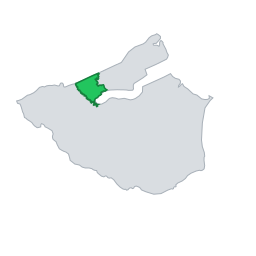 location of Velingara, Kolda, Senegal, rotated 155°
{"feature_id": "50182788B9780593325351", "entity_name": "Velingara", "entity_type": "district", "adm_level": 2, "iso_a3": "SEN", "parent_name": "Senegal", "parent_adm1": "Kolda", "projection": "natural_earth1", "projection_center": [-13.808, 13.111], "detail": "fine", "context": "in_parent", "style": "filled", "palette": "green", "viewbox_px": 256, "rotation_deg": 155, "n_neighbors": 0, "source": "geoboundaries", "source_scale": "gbopen_adm2", "svg_char_len": 7387}
<svg xmlns="http://www.w3.org/2000/svg" viewBox="0 0 256 256"><g transform="rotate(155 128 128)"><path d="M191.3,117.6L194.1,123.1L193.5,125.7L192.9,129.6L194.4,132.4L196.2,134.2L197.5,135.9L199.0,138.2L199.2,142.8L199.0,146.1L199.9,147.6L200.7,149.5L200.5,151.0L200.0,152.4L198.3,154.3L198.0,157.7L200.8,161.9L202.7,164.2L202.6,165.5L203.1,166.9L204.5,168.5L205.3,168.1L206.2,166.8L206.6,165.9L209.1,166.3L210.2,166.7L211.8,169.4L212.4,171.2L212.8,173.5L214.4,176.3L215.8,178.3L216.1,179.6L217.4,181.3L216.6,185.0L216.7,187.0L215.9,192.0L215.7,194.4L215.7,195.3L217.7,197.1L217.5,199.6L215.5,199.2L212.1,198.9L205.3,200.2L202.9,199.7L198.4,199.8L195.2,200.6L191.1,202.2L188.0,201.8L186.3,200.5L184.0,200.6L181.5,199.9L178.8,198.6L176.4,198.0L173.7,195.7L172.5,195.3L171.6,195.9L170.9,196.6L170.1,197.1L168.7,196.7L168.1,195.1L168.6,193.6L168.7,192.4L168.0,191.8L166.4,191.6L163.8,191.6L159.6,191.1L158.6,190.8L149.1,190.4L139.4,190.4L131.1,190.3L120.6,190.3L113.2,190.3L106.3,190.2L101.0,193.3L95.3,196.7L87.5,198.5L78.6,197.8L75.8,198.3L72.8,199.8L70.7,200.9L67.6,201.5L63.7,201.0L62.1,201.3L61.1,199.8L59.9,197.3L60.7,195.5L63.1,194.3L66.7,192.8L68.6,193.6L69.7,193.6L69.9,192.6L69.6,192.1L66.8,190.8L65.4,189.0L64.2,190.0L63.2,192.2L62.4,192.8L61.1,193.4L60.4,192.0L60.1,190.6L60.7,189.5L60.4,183.3L60.8,180.0L60.6,177.1L62.3,175.2L64.0,174.1L70.3,173.9L76.2,173.8L81.9,173.9L87.7,174.0L88.3,168.2L90.2,167.8L92.9,167.2L98.0,166.5L103.7,165.8L105.0,164.7L105.9,162.8L106.5,161.1L107.7,160.3L109.3,160.9L111.4,161.8L113.5,163.2L116.0,164.5L117.7,165.3L121.7,167.3L128.5,170.1L134.1,171.3L140.8,169.2L145.7,167.9L146.3,165.4L145.5,163.0L141.9,160.8L137.0,161.0L135.4,161.6L133.1,162.4L131.8,162.6L129.4,162.1L126.5,160.2L124.6,158.3L122.0,157.4L118.9,156.5L114.0,152.5L111.4,151.8L108.9,151.6L104.2,152.4L99.7,154.5L97.2,159.3L92.6,159.2L82.9,159.1L73.9,159.0L66.5,159.3L65.8,155.8L64.1,153.0L61.2,150.6L60.6,148.4L61.6,146.5L64.3,145.0L65.0,143.8L63.5,144.0L61.3,145.0L59.9,145.1L59.7,142.0L57.3,138.1L54.6,131.4L51.6,128.7L49.0,123.3L46.3,121.3L43.8,120.3L41.7,120.5L40.9,123.0L38.3,119.4L41.9,118.2L49.7,113.7L58.5,101.1L66.5,86.0L67.6,82.5L68.5,79.8L69.2,73.6L70.4,70.0L71.4,69.3L72.8,66.5L74.4,61.5L76.3,58.8L78.3,58.3L79.9,58.5L81.1,59.5L84.4,60.2L89.9,60.4L94.2,59.7L97.2,58.0L101.2,57.1L106.1,57.1L108.7,56.3L109.0,54.9L109.6,54.5L110.6,55.1L111.6,54.9L112.5,53.8L113.4,53.8L114.3,54.6L118.4,54.9L125.8,54.6L132.6,57.1L138.8,62.7L142.0,66.3L142.2,68.2L143.2,70.0L145.1,71.9L146.8,72.2L148.3,71.1L149.6,71.2L150.4,72.6L152.2,72.9L154.2,72.0L155.6,72.3L155.9,73.2L156.2,73.6L157.1,73.8L158.4,74.9L160.2,77.9L161.7,81.9L162.8,87.2L164.3,90.0L166.2,90.5L167.3,91.6L167.5,92.8L168.0,93.7L168.9,94.1L170.5,93.9L172.4,95.6L174.3,99.5L174.7,101.2L174.4,102.1L174.5,102.8L175.8,103.5L177.0,104.7L178.1,106.6L180.3,108.3L183.6,109.8L186.1,112.0L187.6,114.9L190.7,117.3L191.3,117.6Z" fill="#d9dde1" stroke="#a8b0b8" stroke-width="1"/><path d="M131.7,190.2L138.1,190.4L155.5,190.3L156.3,190.4L156.4,190.2L156.6,190.1L156.7,189.9L156.9,189.7L156.7,189.6L156.8,189.4L156.8,188.9L157.0,188.7L157.0,188.4L157.1,188.1L157.0,187.9L156.9,188.0L156.8,187.8L157.0,187.9L156.9,187.5L157.1,187.2L157.0,186.7L156.9,186.7L156.7,186.8L156.8,186.7L156.9,186.4L157.0,186.2L156.6,186.0L156.6,185.8L156.5,185.4L156.8,185.1L156.8,184.6L156.7,184.5L156.5,184.4L156.8,184.4L157.0,184.6L157.3,184.4L157.1,184.1L156.9,183.8L156.7,183.6L156.9,183.6L156.9,183.4L156.9,183.0L156.9,182.8L156.7,182.7L156.5,182.8L156.2,182.5L156.1,182.4L155.8,182.3L155.8,182.1L155.7,181.8L155.7,181.7L155.8,181.7L156.0,181.4L156.0,181.2L155.9,181.0L155.5,181.2L155.4,180.9L155.6,180.6L155.9,180.6L156.0,180.5L156.0,180.4L156.0,180.2L155.8,180.3L155.7,180.3L155.7,180.0L155.5,179.7L155.8,179.4L155.8,179.2L155.7,179.1L155.5,178.8L155.4,178.8L155.2,178.9L155.2,179.0L154.9,179.1L154.8,178.9L155.0,178.5L155.2,178.4L155.2,178.1L154.9,178.1L154.5,177.9L154.5,177.6L154.4,177.4L154.3,177.5L154.2,177.5L154.2,177.2L154.4,176.9L154.2,176.8L153.9,176.9L153.9,177.0L153.6,177.0L153.5,176.9L153.5,176.7L153.7,176.4L153.7,176.2L153.5,176.4L153.4,176.4L153.4,176.2L153.3,175.8L153.4,175.7L153.2,175.7L152.9,175.5L153.0,174.9L152.9,174.8L152.7,174.9L152.6,174.7L152.5,174.8L152.4,174.8L152.4,174.5L152.7,174.4L152.6,174.0L152.8,174.1L152.8,173.9L152.6,173.9L152.6,173.7L152.4,173.4L152.5,173.2L152.8,172.8L152.7,172.8L152.7,172.5L152.5,172.4L152.7,172.2L152.8,172.2L152.8,171.8L152.7,171.8L152.6,171.7L152.6,171.4L152.7,171.2L152.5,170.9L152.4,170.9L152.1,171.1L151.8,171.1L151.7,171.0L151.6,170.8L151.6,170.7L151.7,170.1L151.7,169.9L151.4,169.7L150.7,169.9L150.3,169.4L150.3,169.1L150.4,168.9L150.5,168.9L151.0,167.9L151.0,167.7L150.8,167.6L150.7,167.7L150.0,168.0L149.9,167.9L149.9,167.7L150.1,167.3L150.3,167.1L150.4,166.9L150.5,166.7L150.8,166.5L150.7,166.2L150.3,166.3L150.3,166.2L150.2,166.2L149.5,166.5L149.1,166.5L148.7,166.7L148.1,166.6L147.8,166.5L147.9,166.4L148.3,166.0L148.6,165.5L148.5,165.2L148.4,165.0L148.3,164.8L148.3,164.5L148.6,164.1L149.4,163.7L149.5,163.4L149.4,163.4L149.2,163.2L148.9,163.1L148.7,163.0L148.0,162.8L147.9,162.8L147.7,162.9L147.3,163.4L147.2,163.4L146.9,163.3L146.8,163.0L146.8,162.8L146.9,162.5L147.1,162.1L147.1,161.6L147.2,161.2L147.4,160.9L147.3,160.7L147.2,160.8L146.6,160.7L146.4,160.7L146.4,161.0L146.1,161.4L146.1,161.6L146.2,162.0L145.6,161.9L145.3,161.9L146.0,162.3L146.1,162.5L146.6,163.7L146.9,163.9L147.1,164.0L147.3,164.4L147.3,164.8L147.3,165.2L147.0,166.4L146.6,167.0L146.5,167.3L145.9,167.9L145.1,168.4L144.3,168.5L143.6,168.5L142.7,168.4L141.1,169.4L139.8,169.5L139.3,169.4L139.0,169.5L137.9,169.8L137.9,170.7L137.8,171.0L137.4,171.6L137.1,171.7L137.0,171.8L136.7,171.8L136.4,171.7L135.9,171.5L135.5,171.5L135.3,171.7L134.9,171.8L134.4,171.9L134.2,171.8L133.8,171.5L133.5,171.1L133.2,171.1L132.9,171.1L132.5,171.2L131.0,171.5L131.5,172.2L131.9,173.1L132.1,173.5L132.2,174.1L132.3,174.5L132.2,175.3L132.0,176.3L131.9,176.9L132.0,177.2L132.0,177.5L133.5,178.0L133.8,178.0L134.1,177.9L134.1,178.0L134.4,178.1L134.5,178.4L134.7,178.5L135.1,178.5L135.4,178.6L135.6,178.6L135.8,178.8L136.0,178.8L136.0,178.7L136.1,178.9L136.2,179.0L136.3,179.0L136.4,178.7L136.4,178.8L136.6,178.7L136.9,178.6L137.0,178.5L137.4,178.7L137.4,179.0L137.5,179.1L137.5,179.6L137.5,179.9L137.6,180.0L137.9,180.3L138.1,180.6L138.0,180.9L137.7,181.1L137.3,181.1L137.2,181.1L137.0,181.3L136.9,181.6L136.7,181.6L136.2,181.5L136.1,182.3L136.2,182.7L136.2,183.1L136.3,183.5L136.5,183.7L136.8,183.7L136.8,183.8L136.7,184.3L136.8,184.7L136.8,184.9L136.9,185.1L137.0,185.5L137.1,186.0L136.8,186.0L136.6,185.8L136.5,185.5L136.2,185.5L136.3,185.7L136.1,185.9L136.0,185.7L135.8,185.8L135.7,185.7L135.9,185.6L135.5,185.8L135.4,185.7L135.3,185.9L135.2,185.6L134.9,185.5L134.9,185.1L135.1,185.1L134.9,184.8L134.8,184.7L134.7,184.7L134.7,184.8L134.8,184.9L134.8,185.1L134.7,185.1L134.4,185.2L134.3,185.6L134.2,185.8L134.4,185.7L134.5,185.7L134.5,185.8L134.3,186.0L133.9,186.3L133.8,186.2L133.8,186.3L133.7,186.4L133.4,186.3L133.3,186.6L133.4,186.9L133.4,187.1L133.1,187.2L132.9,187.2L132.7,187.2L132.7,187.6L132.4,187.7L132.5,187.7L132.8,187.7L132.8,187.9L132.8,188.1L133.0,188.3L132.9,188.5L132.7,188.7L132.8,188.9L132.6,188.9L132.4,188.9L132.4,189.0L132.2,189.1L132.2,188.8L132.1,189.1L131.9,189.1L131.9,189.3L131.5,189.5L131.4,189.5L131.6,189.9L131.7,190.1L131.7,190.2Z" fill="#22c55e" stroke="#15803d" stroke-width="1.5"/></g></svg>